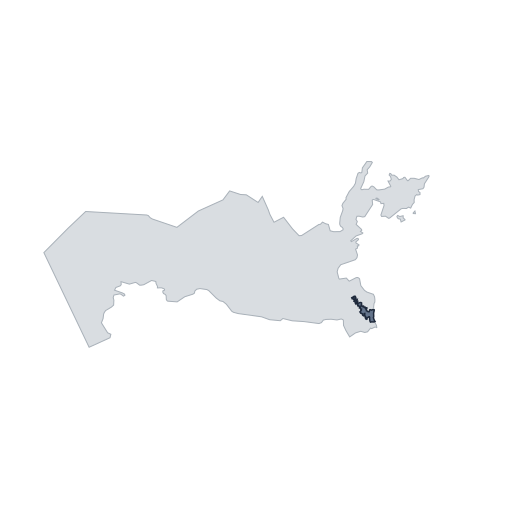 location of Kumkurgan, Surkhandarya, Uzbekistan, rotated 331°
{"feature_id": "79887680B83701806850214", "entity_name": "Kumkurgan", "entity_type": "district", "adm_level": 2, "iso_a3": "UZB", "parent_name": "Uzbekistan", "parent_adm1": "Surkhandarya", "projection": "equal_earth", "projection_center": [67.631, 37.927], "detail": "fine", "context": "in_parent", "style": "filled", "palette": "slate", "viewbox_px": 512, "rotation_deg": 331, "n_neighbors": 0, "source": "geoboundaries", "source_scale": "gbopen_adm2", "svg_char_len": 5914}
<svg xmlns="http://www.w3.org/2000/svg" viewBox="0 0 512 512"><g transform="rotate(331 256 256)"><path d="M391.8,230.5L398.8,227.1L402.8,229.4L403.1,230.6L398.8,233.1L395.0,234.5L393.9,237.6L390.1,238.9L386.3,243.3L380.3,247.7L380.2,248.6L380.7,249.4L382.7,249.9L386.8,252.3L390.6,250.9L391.6,251.2L392.6,252.7L393.7,256.7L395.5,257.8L401.0,259.9L405.2,259.9L407.3,260.7L407.7,260.4L407.8,254.4L409.6,255.4L411.5,254.6L412.2,251.7L411.7,249.7L413.1,248.6L413.8,249.3L413.9,251.1L416.0,252.3L417.5,255.3L418.0,258.6L421.9,259.5L423.3,258.9L424.4,259.3L425.0,263.6L425.6,263.9L428.9,263.0L432.1,264.8L435.6,268.1L439.4,268.3L440.2,268.9L442.9,268.4L446.1,269.3L446.2,269.8L445.7,270.5L438.3,274.5L436.3,277.3L434.6,278.1L430.1,276.6L429.4,278.3L430.2,280.0L429.2,281.8L426.9,281.1L426.4,280.2L424.1,280.7L421.5,283.5L420.3,285.9L417.9,286.7L414.5,289.1L413.1,287.2L410.6,287.4L407.4,285.5L405.8,285.1L391.3,287.6L390.2,287.3L388.6,284.0L385.0,282.3L385.1,280.7L392.4,274.0L393.3,271.9L390.7,270.8L391.1,269.0L386.3,263.6L385.4,263.3L384.7,263.5L383.0,267.5L370.2,274.3L368.3,273.7L365.4,271.1L363.5,270.2L361.2,272.4L361.3,275.0L358.9,276.9L361.2,283.9L361.0,284.8L359.3,285.1L360.6,287.7L359.5,288.0L353.3,287.0L346.2,288.6L346.4,289.7L352.8,289.5L353.7,290.0L353.8,290.9L353.5,291.4L350.1,292.1L349.8,293.1L351.5,296.2L350.7,296.9L349.5,296.3L348.6,298.3L346.4,298.3L345.3,304.3L343.5,306.4L341.1,307.4L325.9,304.7L321.9,306.5L319.3,309.2L317.6,315.8L317.7,316.6L324.3,319.1L325.3,323.2L333.2,323.5L334.5,324.1L335.2,325.1L335.5,326.2L333.3,332.8L334.2,338.6L335.5,341.3L340.1,346.4L339.9,349.2L338.9,351.7L337.6,353.9L336.2,354.8L334.2,357.6L332.5,361.0L329.2,365.5L328.0,368.0L327.7,375.3L326.8,377.5L326.7,376.6L325.5,375.8L322.0,375.6L321.3,374.6L316.8,376.4L314.0,375.6L311.1,372.6L305.7,371.5L298.7,372.2L298.5,364.7L298.9,359.1L301.2,354.7L301.2,353.9L300.0,352.4L295.8,351.2L291.0,347.7L286.4,345.4L283.8,344.7L280.9,346.0L278.3,345.6L266.3,336.7L256.2,330.2L249.2,323.7L245.9,324.4L237.0,318.3L231.4,311.9L212.5,297.7L208.9,294.2L208.0,292.5L206.7,283.8L205.1,279.8L202.7,277.7L200.8,273.5L197.9,263.4L196.8,261.6L191.2,257.3L188.0,256.3L185.5,257.0L184.2,258.6L182.3,258.8L174.0,257.1L164.8,257.9L156.9,252.7L156.5,251.9L156.5,250.5L158.2,247.1L158.0,245.6L156.9,244.0L157.0,242.3L157.8,241.3L159.3,241.6L159.8,241.0L159.7,240.1L157.9,238.0L154.3,236.1L155.1,234.8L155.3,231.5L156.0,229.8L155.5,229.2L152.8,226.8L143.9,226.7L141.8,226.0L140.1,225.1L138.5,221.5L137.7,220.6L131.6,219.2L125.5,213.0L124.2,215.7L122.9,216.3L118.2,215.6L115.7,217.3L121.3,223.6L122.5,225.5L122.4,226.7L120.7,226.9L119.3,223.9L118.3,223.0L112.8,221.3L110.9,223.2L110.3,225.7L107.7,229.9L104.8,230.6L98.1,230.8L96.0,231.8L94.6,232.9L91.9,236.6L88.4,239.5L89.0,251.2L91.1,254.1L88.7,256.7L65.8,254.9L72.1,150.2L105.1,140.6L128.6,134.5L180.2,167.1L181.4,168.4L182.0,171.2L183.3,173.4L200.7,192.6L227.4,188.7L254.3,190.9L264.5,186.3L272.3,194.7L277.2,197.8L283.8,210.2L290.4,206.9L289.1,221.7L288.3,226.3L288.1,235.2L298.9,235.5L301.1,250.0L303.5,259.1L305.8,260.2L326.2,258.9L327.7,259.5L330.6,258.6L332.5,261.5L334.6,263.5L333.1,269.9L335.7,272.4L341.3,275.4L344.8,275.3L345.5,274.2L345.3,272.7L344.5,271.1L344.5,269.3L345.1,267.9L348.4,263.1L353.9,258.3L355.2,256.6L355.6,253.6L357.6,252.0L362.3,250.1L363.0,248.6L368.8,244.8L375.3,242.4L378.3,240.5L381.1,236.9L385.3,233.1L386.9,233.0L388.0,234.2L389.0,234.3L391.8,230.5ZM391.0,266.2L390.2,264.3L389.2,263.6L388.7,263.9L390.3,266.2L391.0,266.2ZM403.8,296.7L399.4,296.6L400.1,293.7L398.5,292.4L398.2,290.9L398.5,289.6L399.6,289.2L400.9,291.2L404.2,292.1L403.2,294.1L404.0,296.3L403.8,296.7ZM416.8,293.7L416.0,296.3L414.1,295.1L414.4,294.5L416.8,293.7Z" fill="#d9dde1" stroke="#a8b0b8" stroke-width="1"/><path d="M319.8,355.3L319.8,356.0L319.9,356.9L320.4,357.1L321.1,358.2L320.6,358.8L320.6,359.5L321.0,360.4L321.4,360.8L321.7,360.7L322.2,359.8L322.6,359.1L322.9,358.8L323.3,359.0L322.9,359.6L322.6,360.2L322.3,361.0L322.2,361.5L322.5,362.1L322.4,362.5L321.7,362.8L321.6,363.5L322.0,363.7L321.8,364.1L321.6,364.2L321.6,364.5L321.7,364.8L322.6,364.9L322.6,364.4L323.1,364.0L324.1,363.9L324.8,364.0L325.3,363.8L325.7,364.1L325.6,364.9L325.0,365.8L324.5,367.1L324.1,368.2L324.0,369.1L324.1,369.4L324.8,369.5L325.6,369.9L326.7,370.6L327.4,370.9L328.0,371.0L328.4,371.0L328.3,370.1L328.4,368.7L328.5,368.1L328.9,366.7L329.5,366.2L330.3,364.7L330.9,363.4L332.0,361.9L332.4,361.6L332.6,361.4L333.2,360.6L333.3,360.4L333.2,360.3L331.9,359.4L330.8,359.4L330.3,358.6L329.5,358.2L328.9,358.7L328.0,359.6L327.6,359.3L327.2,359.2L327.0,358.9L326.6,358.5L326.5,357.7L326.1,357.5L326.0,357.4L326.5,356.8L326.4,356.2L326.7,356.2L326.8,355.6L327.1,355.5L327.6,355.5L327.8,355.0L327.3,354.8L326.6,355.0L326.3,354.8L326.3,354.4L326.7,354.0L326.6,353.5L326.0,353.4L325.7,353.3L325.7,352.6L325.3,352.2L325.7,352.0L325.5,351.7L324.9,352.1L324.4,351.6L324.4,351.1L324.0,350.9L323.7,350.6L323.9,350.4L324.1,349.9L324.8,349.8L325.0,349.3L325.2,348.8L325.6,348.3L325.4,347.8L325.0,347.4L323.9,347.0L322.9,347.0L322.6,346.7L322.3,346.3L322.0,345.8L322.4,345.3L322.9,345.0L322.4,344.7L322.4,344.4L323.1,343.5L322.4,343.7L322.4,342.8L322.6,341.8L323.0,341.4L323.0,340.7L323.2,340.3L323.2,339.8L323.1,339.1L322.7,339.0L322.4,339.7L321.9,339.4L321.4,339.4L321.4,338.9L320.7,339.1L320.5,338.9L319.5,338.9L319.4,340.1L319.9,340.2L320.3,340.7L320.3,341.3L321.3,341.3L320.7,342.1L320.8,342.5L321.3,342.9L321.0,343.1L320.1,342.9L319.8,343.1L320.2,343.5L320.3,344.2L320.7,344.5L321.0,344.8L320.8,345.0L320.3,344.8L320.0,345.4L320.1,345.7L320.1,346.3L321.2,345.8L321.1,346.2L320.9,346.4L321.0,346.7L321.4,347.4L321.0,348.4L321.0,349.2L321.6,349.0L321.6,349.5L322.1,350.2L322.3,351.1L321.8,351.4L321.5,351.3L321.3,351.6L322.1,352.0L321.9,353.2L322.4,353.6L322.1,353.8L321.8,354.0L322.0,354.2L321.8,354.5L321.3,354.4L320.9,355.0L320.3,355.4L319.8,355.3Z" fill="#64748b" stroke="#1e293b" stroke-width="1.5"/></g></svg>